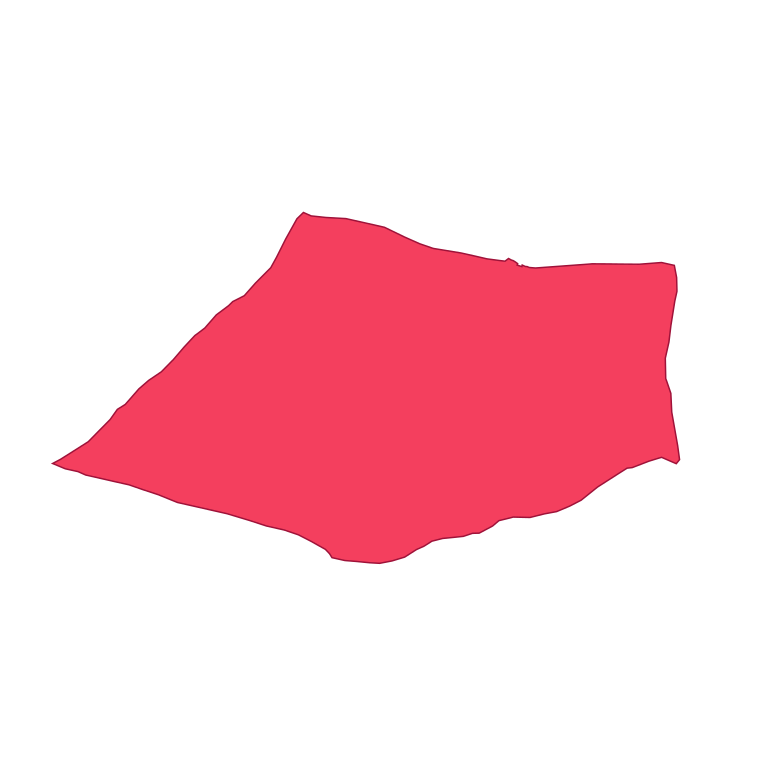 the district of Akoko South West, Ondo, Nigeria, rotated 13°
{"feature_id": "59680162B66461609617276", "entity_name": "Akoko South West", "entity_type": "district", "adm_level": 2, "iso_a3": "NGA", "parent_name": "Nigeria", "parent_adm1": "Ondo", "projection": "orthographic", "projection_center": [5.689, 7.401], "detail": "fine", "context": "isolated", "style": "filled", "palette": "rose", "viewbox_px": 768, "rotation_deg": 13, "n_neighbors": 0, "source": "geoboundaries", "source_scale": "gbopen_adm2", "svg_char_len": 1763}
<svg xmlns="http://www.w3.org/2000/svg" viewBox="0 0 768 768"><g transform="rotate(13 384 384)"><path d="M645.2,214.5L640.2,203.1L627.1,203.2L605.7,209.9L588.2,213.8L575.8,216.5L559.7,220.1L556.0,221.3L553.7,222.0L505.5,236.9L499.3,237.8L497.1,237.4L495.2,237.7L493.3,237.3L491.9,237.0L491.9,238.6L487.0,238.2L487.2,236.7L485.9,236.1L484.2,235.4L483.0,235.0L482.0,234.7L480.4,234.6L477.1,233.7L474.3,237.1L468.7,237.7L456.2,238.9L448.1,238.9L443.6,238.9L429.8,239.0L401.9,240.8L400.2,240.7L387.1,239.3L370.6,236.1L349.2,231.2L326.2,231.3L312.6,231.4L309.7,231.4L290.0,234.8L275.2,236.6L266.9,235.0L262.0,242.6L258.4,255.1L255.6,264.8L250.8,284.6L247.5,296.2L244.8,300.5L236.1,314.5L228.0,329.4L218.1,337.7L214.9,342.7L205.1,354.3L196.8,369.8L190.4,377.5L188.9,379.2L186.5,383.3L180.9,393.0L173.0,408.1L172.5,408.8L164.3,422.2L153.9,433.4L146.3,443.8L136.5,462.1L129.9,468.7L125.1,480.3L116.9,493.6L108.8,506.8L85.8,530.1L79.0,536.0L92.5,538.3L105.6,538.2L113.9,539.8L136.9,539.7L143.0,539.7L158.3,539.6L173.1,541.2L189.6,542.7L190.6,542.9L209.4,545.9L230.7,545.8L260.4,545.7L283.4,547.2L301.5,548.8L319.6,548.7L334.5,550.2L347.6,553.5L364.1,558.3L369.1,561.6L372.4,564.9L385.6,564.8L397.1,563.1L410.2,561.4L420.1,559.7L431.6,554.6L443.1,548.0L452.9,538.0L459.5,533.0L466.0,526.4L475.9,521.3L485.7,518.0L495.6,514.6L503.8,509.6L510.3,507.9L521.8,497.9L526.7,491.3L537.2,486.0L539.8,484.6L556.3,481.2L569.4,474.5L580.9,469.5L592.4,461.2L602.2,452.9L615.3,436.3L631.6,419.6L639.8,411.3L644.7,409.6L659.5,399.6L668.1,394.6L671.0,393.0L686.7,395.9L689.0,391.2L684.0,378.0L670.7,346.7L665.6,328.6L658.9,317.8L657.3,315.4L652.3,295.6L652.2,279.1L650.4,262.5L648.7,237.8L648.6,227.9L648.2,226.2L645.2,214.5Z" fill="#f43f5e" stroke="#9f1239" stroke-width="1.5"/></g></svg>